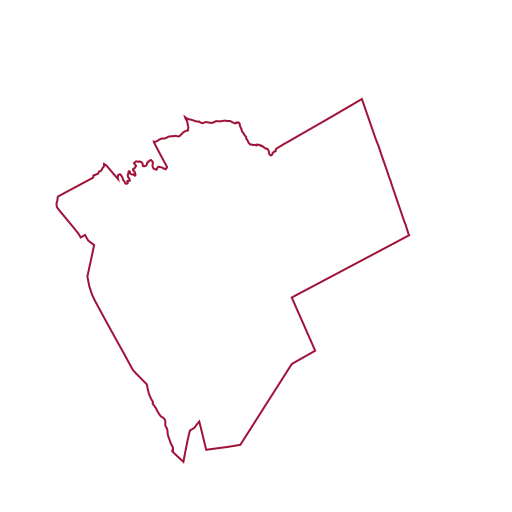 outline of Ganze, Coast, Kenya, rotated 150°
{"feature_id": "3690345B60815732971252", "entity_name": "Ganze", "entity_type": "district", "adm_level": 2, "iso_a3": "KEN", "parent_name": "Kenya", "parent_adm1": "Coast", "projection": "equal_earth", "projection_center": [39.55, -3.436], "detail": "fine", "context": "isolated", "style": "outline", "palette": "rose", "viewbox_px": 512, "rotation_deg": 150, "n_neighbors": 0, "source": "geoboundaries", "source_scale": "gbopen_adm2", "svg_char_len": 6157}
<svg xmlns="http://www.w3.org/2000/svg" viewBox="0 0 512 512"><g transform="rotate(150 256 256)"><path d="M375.7,104.7L364.0,100.3L279.0,144.6L252.1,144.4L245.8,202.2L113.1,197.4L112.9,198.7L111.9,203.4L111.0,207.4L110.8,207.9L110.8,208.4L109.9,214.1L108.8,219.5L102.4,251.9L101.8,253.9L101.4,257.2L100.7,260.6L99.2,268.1L96.5,282.4L96.0,284.8L95.6,286.3L95.5,286.9L95.0,289.6L94.1,295.7L93.6,298.6L85.8,339.0L126.5,338.8L159.9,338.9L171.6,338.9L176.0,339.0L178.9,338.9L181.8,338.9L184.9,338.7L185.4,338.5L186.3,337.7L186.4,337.3L186.6,336.9L187.0,337.0L187.4,337.3L187.8,337.2L188.2,337.2L188.8,337.0L189.2,337.1L189.5,337.2L189.9,337.1L190.7,336.2L191.5,335.7L192.0,335.6L192.6,335.6L193.0,335.9L193.2,336.3L193.4,337.0L193.5,337.6L193.4,338.3L193.2,338.9L192.7,340.0L192.5,340.7L192.4,341.3L192.4,341.8L192.4,342.3L192.6,343.0L193.0,343.5L193.3,343.9L193.9,344.2L194.2,344.6L194.3,345.2L194.7,345.8L194.9,346.5L195.3,346.9L195.4,347.4L195.5,348.2L196.3,349.0L196.7,348.9L197.0,349.2L197.1,349.9L197.7,350.8L198.3,351.0L198.8,351.5L199.2,351.9L199.6,351.5L200.0,351.5L200.4,351.5L200.7,351.8L200.9,352.3L201.6,352.9L202.0,353.2L202.6,353.4L203.2,353.7L203.7,354.3L204.1,354.9L204.9,355.1L205.2,355.5L205.4,356.0L205.7,357.0L205.8,357.6L205.7,358.1L205.7,358.7L205.6,359.9L205.5,360.5L205.6,361.1L205.7,361.7L205.8,362.4L205.5,362.8L205.4,363.3L205.1,363.8L205.1,364.5L205.2,365.2L205.4,365.7L205.5,367.0L205.4,368.3L205.5,368.9L205.6,369.4L205.7,370.1L205.7,370.9L205.6,371.8L205.5,372.5L205.1,373.0L205.1,373.5L205.1,374.3L204.7,377.5L204.3,377.8L204.1,378.4L204.1,379.0L204.0,379.7L204.4,380.3L204.8,380.5L205.1,380.9L205.6,381.2L206.0,381.3L206.2,380.9L206.7,381.0L207.2,381.3L207.6,381.2L208.0,381.5L209.3,383.2L209.6,383.6L210.2,384.8L210.6,385.4L210.9,385.7L211.2,386.0L213.4,387.3L215.1,388.7L215.9,389.1L219.4,390.4L220.1,390.7L220.5,391.0L221.9,392.0L223.0,392.7L223.4,392.8L225.5,392.9L226.4,393.0L226.8,393.1L227.7,393.4L229.0,394.2L230.6,395.6L232.1,396.8L233.2,397.3L235.3,397.6L235.9,397.8L236.4,398.2L237.0,398.9L237.6,399.8L237.9,400.5L238.2,401.1L238.9,401.3L239.4,401.5L241.2,403.3L242.9,405.2L243.3,405.6L244.2,406.7L245.7,407.9L246.4,408.7L247.2,409.8L248.0,411.7L248.3,410.4L248.3,409.8L248.2,407.8L248.4,406.8L249.0,405.3L249.1,404.6L249.4,403.8L249.7,403.1L250.1,401.6L250.3,401.2L250.6,400.9L251.0,400.4L251.8,399.2L252.2,398.7L252.7,398.9L253.3,399.2L254.7,399.4L256.7,399.5L257.4,399.4L259.0,398.9L259.4,398.7L259.8,398.8L261.4,398.2L262.1,398.1L262.9,398.2L263.4,398.4L263.8,398.6L265.4,400.2L265.9,400.5L266.7,400.5L267.2,400.8L267.6,401.2L268.0,401.4L268.8,401.8L269.8,402.1L270.3,402.3L271.2,402.9L271.7,403.0L272.6,403.2L274.0,403.1L276.1,403.4L277.4,404.0L278.7,404.7L279.3,404.9L280.3,405.1L282.2,405.1L283.8,405.0L285.8,405.1L286.3,405.2L286.7,405.3L287.3,406.1L287.5,405.6L287.6,404.4L287.8,400.1L287.9,397.1L288.1,392.2L288.2,390.4L288.2,388.8L288.5,377.9L288.7,377.2L289.2,377.0L290.5,376.6L290.8,376.3L291.2,376.5L291.3,377.2L292.2,377.7L292.5,378.1L292.5,378.8L293.1,379.5L294.3,380.7L294.8,381.2L295.3,381.5L295.7,382.0L296.0,382.2L297.0,381.8L297.7,381.6L298.1,381.0L298.6,380.7L299.1,380.5L299.5,380.9L299.7,381.3L300.1,381.8L300.8,382.5L301.0,383.1L301.0,383.6L300.9,384.8L300.7,385.4L300.5,385.9L299.9,386.8L299.1,387.7L298.5,388.7L298.4,389.3L298.9,391.6L299.4,391.8L301.0,391.6L301.5,391.5L302.0,391.7L302.3,391.4L302.8,391.2L303.3,391.3L303.8,391.0L304.1,390.5L305.1,389.6L305.6,389.3L306.1,389.1L306.6,389.4L307.2,389.5L308.1,389.6L308.5,390.0L308.9,390.4L308.9,390.9L308.3,392.0L308.1,392.8L308.0,393.5L308.1,394.0L308.4,394.3L308.5,394.9L309.3,396.0L309.7,396.1L310.1,396.1L310.6,396.2L310.9,396.8L311.9,397.3L312.4,397.8L312.9,397.9L313.2,397.8L314.7,397.6L315.2,397.4L315.2,396.9L315.2,396.2L314.9,395.5L314.8,394.9L314.8,394.2L315.1,393.8L316.7,393.2L317.2,392.7L317.6,392.5L318.0,392.6L318.4,392.8L318.9,392.8L319.2,392.5L319.6,391.5L319.5,391.0L319.3,390.5L319.1,389.9L319.0,389.2L319.3,388.9L319.4,388.4L319.5,387.1L319.7,386.6L320.0,386.4L320.5,386.1L321.0,386.4L321.3,387.2L321.5,388.0L322.0,388.3L322.9,388.9L323.3,389.5L323.7,390.1L323.7,390.7L323.3,391.6L323.1,392.2L323.2,392.7L323.6,392.9L324.1,392.8L324.4,392.5L324.9,391.7L326.3,390.5L326.6,390.2L326.8,389.8L327.3,388.5L327.1,387.1L327.1,386.5L327.1,385.9L327.4,385.1L327.7,384.3L328.3,384.5L329.3,385.2L329.6,385.3L330.0,385.2L330.2,384.5L330.3,383.8L330.6,383.3L331.2,383.2L331.7,383.2L332.3,383.4L332.8,384.1L332.9,384.9L332.6,385.9L332.6,386.5L332.8,387.1L333.0,387.7L333.0,388.4L332.9,388.9L332.4,390.7L332.4,391.3L332.5,393.1L332.6,393.7L332.7,394.3L333.0,394.8L334.6,395.1L335.2,394.9L336.6,392.8L337.0,391.6L338.2,397.7L339.6,405.6L340.0,407.6L340.3,408.9L340.8,410.3L341.0,410.9L341.6,411.7L342.4,410.2L342.7,409.8L343.1,409.5L344.0,409.2L344.5,409.1L345.1,408.8L345.5,408.4L346.3,408.1L347.3,407.4L347.8,407.3L348.5,407.3L349.1,407.6L349.8,407.6L350.4,407.2L350.7,406.8L351.2,406.5L352.3,406.3L352.9,406.4L354.0,406.7L354.4,406.5L355.2,406.8L355.9,407.0L356.9,406.8L357.1,406.1L357.5,405.5L358.4,405.3L388.8,406.3L397.9,406.5L398.3,406.1L399.8,404.0L401.5,402.1L402.2,401.6L402.6,401.2L403.9,398.3L404.0,397.7L403.4,393.2L399.3,369.0L398.6,364.1L398.5,359.7L393.6,359.7L393.6,353.4L392.8,351.2L390.7,346.4L412.3,322.5L415.4,313.5L416.7,307.6L417.2,304.9L417.6,301.4L417.9,297.1L417.9,294.8L418.3,282.5L419.0,249.3L419.0,247.4L419.1,239.0L419.4,227.8L419.6,218.8L419.5,218.2L418.6,214.3L415.7,202.9L415.5,202.4L415.3,201.7L414.8,199.6L414.9,199.0L416.5,194.3L417.0,192.2L417.6,190.5L417.7,189.9L418.3,184.4L418.3,183.6L418.2,181.2L419.4,179.7L419.0,176.9L418.7,173.8L418.9,173.1L419.0,170.1L418.9,167.3L418.7,165.4L418.5,164.5L417.3,162.4L416.9,161.0L416.9,159.2L417.1,158.3L417.5,157.5L418.8,155.6L419.2,154.5L419.4,153.9L419.4,151.8L419.5,150.6L419.9,149.3L420.9,147.2L421.7,145.3L421.9,144.5L422.5,141.7L422.7,140.4L423.6,135.9L423.6,132.5L423.7,131.9L424.1,131.3L424.3,130.3L424.7,129.8L425.0,129.3L425.4,129.6L426.0,129.1L426.2,128.8L425.6,126.3L421.8,114.0L415.9,120.9L408.9,128.9L406.3,131.8L400.5,137.9L395.2,138.0L392.0,139.5L387.9,141.0L396.0,113.1L375.7,104.7Z" fill="none" stroke="#9f1239" stroke-width="2"/></g></svg>